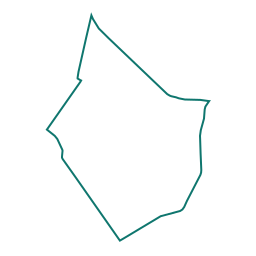 Dayr Az Zawr, Robinson projection
{"feature_id": "SYR-142", "entity_name": "Dayr Az Zawr", "entity_type": "Province", "adm_level": 1, "iso_a3": "SYR", "parent_name": "Syria", "parent_adm1": "", "projection": "robinson", "projection_center": [40.418, 35.268], "detail": "fine", "context": "isolated", "style": "outline", "palette": "teal", "viewbox_px": 256, "rotation_deg": 0, "n_neighbors": 0, "source": "natural_earth", "source_scale": "10m", "svg_char_len": 722}
<svg xmlns="http://www.w3.org/2000/svg" viewBox="0 0 256 256"><path d="M209.1,101.1L205.4,106.6L204.7,109.4L204.0,118.6L200.8,130.2L200.0,135.9L200.1,138.1L200.6,153.6L201.3,170.1L201.1,172.6L200.4,174.9L187.0,200.8L184.2,207.0L182.4,209.5L180.1,211.0L160.7,216.2L149.2,223.1L140.5,228.3L131.7,233.6L123.0,238.8L119.9,240.6L75.6,177.3L62.7,159.1L62.4,158.5L62.0,157.6L62.0,156.6L62.5,151.2L62.5,150.3L62.2,149.5L57.3,139.0L54.8,135.9L46.9,129.6L80.4,81.8L81.1,80.5L80.4,80.2L78.1,78.8L77.6,78.5L77.6,77.6L78.5,71.8L86.2,37.6L91.4,15.4L93.0,19.1L98.8,28.5L108.6,38.2L167.2,94.1L169.7,95.6L171.2,96.2L176.0,97.3L178.8,98.3L184.8,99.5L200.3,99.9L209.0,101.1L209.1,101.1Z" fill="none" stroke="#0f766e" stroke-width="2"/></svg>